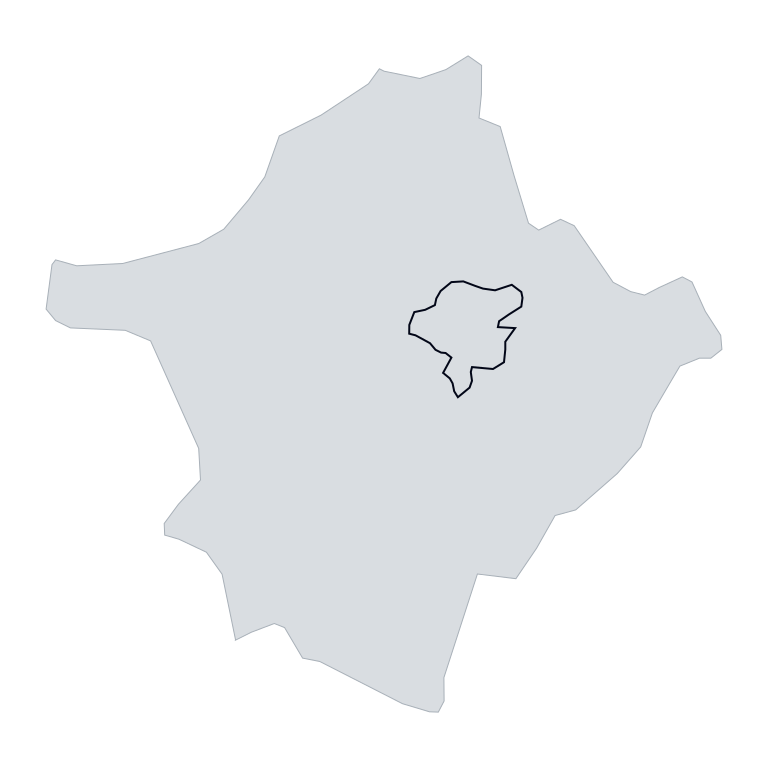 location of Srbica within Kosovo, rotated 90°
{"feature_id": "KOS-5896", "entity_name": "Srbica", "entity_type": "District", "adm_level": 1, "iso_a3": "XKX", "parent_name": "Kosovo", "parent_adm1": "", "projection": "natural_earth1", "projection_center": [20.758, 42.727], "detail": "fine", "context": "in_parent", "style": "outline", "palette": "ink", "viewbox_px": 768, "rotation_deg": 90, "n_neighbors": 0, "source": "natural_earth", "source_scale": "10m", "svg_char_len": 1566}
<svg xmlns="http://www.w3.org/2000/svg" viewBox="0 0 768 768"><g transform="rotate(90 384 384)"><path d="M175.8,253.9L223.2,239.5L230.1,229.3L219.3,207.5L225.7,193.8L282.3,154.9L291.6,137.3L295.1,123.4L287.5,108.8L276.9,85.7L282.0,76.0L311.4,62.7L335.3,47.3L349.4,46.1L358.2,57.2L358.2,68.7L366.1,88.1L383.7,98.5L412.9,115.6L446.9,127.3L473.5,150.7L509.9,192.3L515.5,212.9L548.2,231.4L578.7,252.1L574.0,290.6L677.6,324.1L701.0,323.9L712.1,329.7L711.8,338.5L703.7,365.5L661.5,448.2L658.1,465.4L627.6,483.4L623.5,493.7L632.2,516.6L640.2,532.6L639.6,532.5L574.2,545.9L552.2,561.6L539.2,589.1L535.1,603.3L523.5,603.8L504.3,589.6L480.0,567.5L448.4,569.3L340.9,617.4L330.3,642.8L327.9,697.6L320.6,712.4L309.1,721.9L264.6,716.0L259.9,712.4L265.8,691.3L263.5,645.3L243.5,569.2L229.2,544.2L199.8,519.4L176.9,503.2L135.9,488.7L115.1,446.9L83.8,399.5L68.8,388.6L71.2,383.9L78.5,348.1L69.6,322.1L55.9,299.9L65.4,286.4L94.2,286.6L118.0,289.0L126.6,267.8L175.8,253.9Z" fill="#d9dde1" stroke="#a8b0b8" stroke-width="1"/><path d="M282.1,316.6L281.4,304.7L285.9,292.8L288.6,285.0L290.3,272.9L284.8,256.2L292.0,246.7L297.8,245.5L306.6,246.7L314.4,259.0L321.2,268.9L327.1,270.1L328.1,252.9L341.7,262.7L349.5,262.7L362.2,264.0L369.0,275.0L368.1,284.9L367.1,296.0L372.0,297.2L380.8,296.0L387.6,298.4L397.2,310.1L391.3,313.8L383.4,315.4L378.4,318.2L372.9,324.9L357.6,316.6L353.0,322.4L352.6,326.9L349.8,332.5L343.2,338.0L335.3,352.5L333.7,358.8L324.9,358.7L312.1,353.7L309.8,342.8L305.1,333.1L298.5,331.7L291.0,327.4L282.1,316.6Z" fill="none" stroke="#020617" stroke-width="2"/></g></svg>